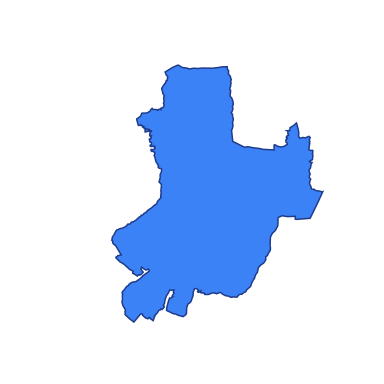 outline of Samburesti, Olt, Romania, rotated 323°
{"feature_id": "2599482B81020237886939", "entity_name": "Samburesti", "entity_type": "district", "adm_level": 2, "iso_a3": "ROU", "parent_name": "Romania", "parent_adm1": "Olt", "projection": "albers", "projection_center": [24.401, 44.822], "detail": "fine", "context": "isolated", "style": "filled", "palette": "blue", "viewbox_px": 384, "rotation_deg": 323, "n_neighbors": 0, "source": "geoboundaries", "source_scale": "gbopen_adm2", "svg_char_len": 6055}
<svg xmlns="http://www.w3.org/2000/svg" viewBox="0 0 384 384"><g transform="rotate(323 192 192)"><path d="M177.0,303.0L182.0,302.7L184.7,300.7L188.8,298.8L189.7,298.7L192.7,296.5L195.9,295.5L199.4,292.4L202.8,291.7L206.2,291.9L208.1,291.4L210.3,290.4L211.9,288.0L214.1,288.2L215.3,287.3L219.4,285.7L221.1,283.8L221.8,282.2L227.4,275.3L231.4,273.3L235.4,272.9L239.6,270.9L240.7,270.1L244.9,264.7L245.8,264.3L249.7,265.2L253.4,269.1L259.9,273.6L258.1,275.7L258.9,276.7L270.5,284.1L286.6,275.9L296.7,270.4L295.5,270.0L295.4,269.4L293.8,267.3L292.6,266.4L291.8,265.2L291.3,264.8L291.1,263.1L289.7,262.2L289.4,261.9L289.3,261.1L290.3,259.2L290.5,257.2L291.0,255.7L291.9,255.1L292.4,254.4L294.5,253.2L294.4,250.9L295.6,249.6L297.1,248.9L298.1,245.8L298.5,245.1L299.5,244.5L300.8,244.3L304.1,241.3L305.6,240.7L304.2,239.3L304.5,238.9L304.4,238.4L305.1,238.7L305.3,238.2L305.6,238.1L307.0,238.6L307.7,238.6L310.6,235.5L311.2,233.8L311.6,233.8L313.1,232.1L313.4,231.6L313.3,231.2L311.8,230.3L310.9,229.0L310.8,228.2L312.0,227.4L312.4,226.7L312.9,226.4L314.1,225.0L315.2,224.3L315.3,223.1L316.4,222.8L316.5,221.9L317.4,220.8L319.2,219.6L318.9,217.9L315.0,216.9L313.3,215.1L310.6,214.0L310.3,213.7L310.9,211.4L312.9,209.0L314.5,205.9L316.8,200.3L316.9,199.7L313.1,200.1L309.1,199.6L307.2,201.7L304.7,200.2L305.2,201.2L303.6,203.2L303.8,203.9L303.4,204.6L302.9,204.8L302.2,204.4L300.9,204.6L300.1,205.3L300.6,206.2L300.3,206.8L299.3,206.6L298.0,207.1L297.9,207.7L297.1,208.6L297.4,210.2L297.0,211.3L292.7,210.9L290.1,209.5L288.0,207.1L286.6,204.1L286.2,203.9L285.7,204.0L282.9,207.8L274.4,200.7L272.1,197.9L267.3,193.3L264.2,189.8L262.7,188.7L261.0,188.1L255.0,176.1L261.0,166.1L261.9,166.0L263.4,164.7L264.1,164.4L266.2,161.0L268.7,158.9L270.2,155.5L271.2,154.2L270.8,153.0L270.9,152.5L273.1,151.5L275.0,149.9L275.7,148.0L277.6,147.0L278.1,146.3L279.0,144.8L279.7,143.0L280.3,140.8L280.1,138.6L280.3,138.2L281.1,137.3L281.4,136.5L282.5,136.0L283.2,134.8L284.0,134.1L284.0,132.6L284.3,132.2L286.8,130.5L287.7,129.2L288.6,128.8L289.5,126.8L291.1,125.9L291.4,124.4L292.3,122.6L292.1,119.7L294.2,117.2L294.2,115.1L295.5,113.1L290.8,109.8L288.2,108.6L282.8,105.4L274.4,98.9L271.3,97.1L267.9,94.2L263.9,92.1L262.8,90.3L259.3,86.8L258.6,85.5L258.0,83.6L257.2,82.2L251.3,80.8L242.7,80.0L241.8,83.3L242.1,84.9L241.9,85.6L241.1,86.0L239.7,87.9L239.3,88.0L238.6,87.4L236.4,89.1L235.4,89.0L234.9,89.5L234.0,89.5L230.2,91.0L229.5,92.0L229.5,92.8L228.5,94.6L227.9,96.2L227.8,98.6L226.4,99.3L224.0,103.1L222.8,103.7L222.5,104.2L222.0,106.0L220.6,106.8L219.1,107.0L218.2,106.8L218.1,106.4L216.9,106.6L216.7,107.5L215.4,106.0L213.7,106.1L213.7,105.2L210.7,102.7L210.5,102.4L210.5,101.2L208.8,101.4L207.0,102.2L204.5,101.9L203.1,101.5L199.6,98.9L198.9,99.0L197.8,99.9L196.5,100.5L191.8,100.4L191.4,100.9L189.2,106.5L190.6,107.4L191.7,107.5L191.4,108.3L192.4,109.4L191.8,110.0L192.6,110.6L191.8,110.7L192.3,112.2L191.6,112.2L193.2,113.0L193.5,113.9L192.7,113.8L191.8,114.1L190.7,115.9L194.0,117.3L194.6,116.4L194.1,115.1L195.6,116.3L195.4,117.5L194.9,117.8L196.3,118.6L196.3,119.0L195.2,119.2L194.4,118.9L193.9,119.9L193.0,120.3L192.0,121.8L192.2,122.1L193.0,122.5L192.5,122.6L192.3,123.2L192.6,123.5L192.4,123.9L191.0,124.7L190.6,124.6L190.2,124.1L189.7,124.1L188.5,126.9L189.3,127.9L188.9,128.9L188.2,129.6L187.6,129.7L186.9,129.4L186.5,129.6L186.2,130.3L186.4,130.8L188.6,132.2L189.2,132.1L189.5,132.9L189.1,133.0L189.6,133.4L189.5,133.9L188.8,134.3L188.6,135.0L188.1,135.2L186.0,134.5L185.0,133.4L184.2,134.2L184.3,135.4L185.5,136.2L185.6,137.1L186.2,137.9L185.1,139.3L184.1,139.7L183.7,140.3L183.1,142.5L182.3,144.0L181.5,146.1L181.0,151.0L180.5,151.1L179.8,152.2L180.1,153.3L180.9,154.1L181.5,155.2L180.9,156.2L179.3,157.8L177.4,158.6L176.2,160.0L175.4,161.3L171.7,164.2L172.1,166.7L171.8,168.1L167.8,172.4L166.7,174.3L164.6,176.3L164.3,176.7L164.2,177.7L159.0,178.7L156.4,180.2L154.2,179.9L150.2,180.3L145.2,180.0L142.9,180.6L140.9,180.2L139.2,180.7L138.6,180.7L137.5,179.9L136.1,180.8L134.7,180.2L130.8,180.7L127.2,180.5L125.4,179.6L123.2,180.3L121.4,179.0L118.8,179.7L115.5,179.2L114.1,178.8L113.0,178.1L109.1,177.1L107.4,177.5L103.7,179.3L101.0,180.2L100.1,181.4L98.9,182.1L99.2,182.6L99.0,183.0L99.0,184.0L98.1,184.7L98.0,186.0L98.6,188.6L98.8,188.6L97.6,199.7L96.7,199.1L95.1,198.7L94.5,198.1L93.6,198.5L92.3,198.2L91.6,198.8L92.4,204.3L94.2,208.7L95.6,216.3L97.3,219.7L97.3,220.0L96.9,220.0L95.7,221.2L96.4,222.4L97.8,226.3L99.6,225.9L100.3,226.5L100.3,226.9L101.5,227.2L104.8,226.7L104.7,225.1L104.8,223.1L104.9,222.7L106.5,221.6L107.2,224.3L108.3,226.6L109.0,227.0L110.1,226.9L110.6,227.2L110.8,228.6L110.4,229.3L108.4,229.5L102.0,229.3L100.6,229.8L96.1,230.0L95.3,229.7L94.2,230.0L92.4,229.4L90.7,228.4L88.2,227.7L87.7,228.2L86.6,227.8L85.8,227.9L84.6,228.6L83.9,228.1L82.6,228.2L79.3,229.3L76.5,229.7L75.3,230.8L75.2,232.0L74.3,232.5L71.3,236.6L69.8,237.7L68.4,241.5L67.9,246.0L67.1,247.0L66.4,247.2L65.8,248.4L64.8,249.7L65.8,255.7L67.3,260.9L77.4,258.5L78.6,258.9L78.8,260.3L78.3,260.8L78.4,261.3L79.2,264.8L80.4,266.7L82.5,266.5L82.6,267.6L82.4,267.8L83.6,271.4L86.7,269.2L87.4,269.0L87.4,268.4L91.4,267.7L94.3,266.6L95.9,267.1L97.0,266.6L97.3,267.8L97.5,267.9L100.5,267.2L100.7,266.3L101.1,266.1L101.0,265.3L103.1,264.3L105.7,261.8L109.2,259.5L112.4,258.4L115.3,256.8L116.4,258.1L118.6,259.4L116.7,260.9L116.8,261.8L116.5,262.1L114.3,262.7L112.8,263.8L113.1,264.0L111.1,263.9L110.4,263.2L107.9,264.7L102.2,269.2L100.4,271.3L104.0,278.2L105.7,279.8L106.5,281.8L109.9,286.2L113.4,286.2L114.5,285.6L118.3,281.0L121.5,279.0L123.6,279.2L125.2,278.9L130.6,275.3L132.8,272.6L136.0,270.7L137.0,271.6L138.0,273.2L138.1,274.2L136.5,274.8L136.6,275.8L137.1,276.2L137.7,275.6L138.6,276.3L139.5,276.3L138.3,277.4L138.4,277.8L141.0,280.3L140.5,281.3L140.7,281.7L143.6,283.8L146.9,284.6L148.1,285.4L149.5,286.5L150.3,288.0L154.1,289.2L154.5,289.7L154.9,291.9L156.4,295.0L158.1,296.7L160.1,299.9L161.7,300.5L164.7,303.1L165.8,302.7L167.9,302.4L169.3,302.9L170.3,303.7L172.8,303.5L174.8,304.0L175.7,303.7L177.0,303.0Z" fill="#3b82f6" stroke="#1e3a8a" stroke-width="1.5"/></g></svg>